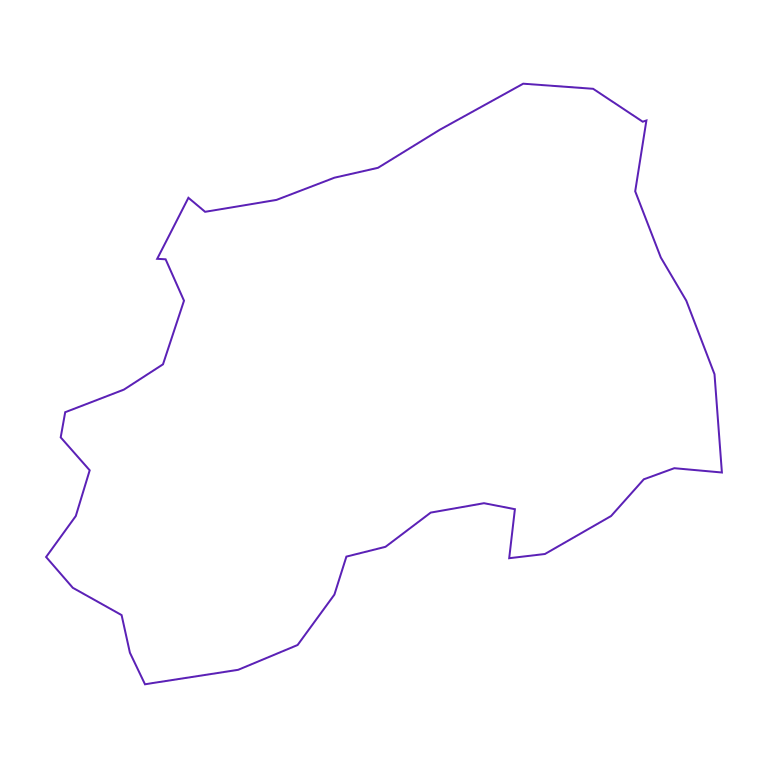 an SVG outline of Aileu
{"feature_id": "TLS-544", "entity_name": "Aileu", "entity_type": "District", "adm_level": 1, "iso_a3": "TLS", "parent_name": "East Timor", "parent_adm1": "", "projection": "robinson", "projection_center": [125.606, -8.71], "detail": "fine", "context": "isolated", "style": "outline", "palette": "violet", "viewbox_px": 768, "rotation_deg": 0, "n_neighbors": 0, "source": "natural_earth", "source_scale": "10m", "svg_char_len": 670}
<svg xmlns="http://www.w3.org/2000/svg" viewBox="0 0 768 768"><path d="M523.2,83.7L593.1,88.8L642.7,121.7L646.4,120.5L635.2,191.3L660.8,257.5L686.3,300.7L714.5,374.2L721.9,472.5L674.3,468.2L643.8,479.3L611.1,516.0L544.9,554.0L509.2,558.2L514.9,509.2L484.0,503.2L430.7,512.6L408.1,529.7L385.5,546.8L346.4,556.6L334.4,594.6L297.6,645.0L238.2,669.8L152.9,683.0L145.0,684.3L129.9,652.7L121.6,615.1L72.8,587.8L46.1,557.0L75.8,516.0L89.7,470.3L60.7,437.4L65.2,412.2L123.9,389.6L163.0,364.3L184.0,300.7L165.6,259.3L157.2,258.8L169.0,235.8L188.4,197.8L205.1,211.8L276.5,199.9L334.4,177.7L378.0,167.8L439.7,129.8L523.2,83.7Z" fill="none" stroke="#5b21b6" stroke-width="2"/></svg>